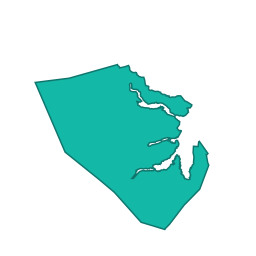 outline of Narvik nor, Nordland, Norway, rotated 135°
{"feature_id": "86288312B24861070458091", "entity_name": "Narvik nor", "entity_type": "district", "adm_level": 2, "iso_a3": "NOR", "parent_name": "Norway", "parent_adm1": "Nordland", "projection": "albers", "projection_center": [17.424, 68.289], "detail": "fine", "context": "isolated", "style": "filled", "palette": "teal", "viewbox_px": 256, "rotation_deg": 135, "n_neighbors": 0, "source": "geoboundaries", "source_scale": "gbopen_adm2", "svg_char_len": 5595}
<svg xmlns="http://www.w3.org/2000/svg" viewBox="0 0 256 256"><g transform="rotate(135 128 128)"><path d="M173.7,30.2L172.8,30.5L166.6,30.6L142.8,33.8L120.6,34.0L97.2,44.6L96.1,47.2L91.4,53.9L91.1,53.3L89.5,53.4L87.0,68.1L87.8,68.2L91.6,65.3L94.6,68.8L99.4,64.5L101.8,60.9L106.1,57.3L106.8,56.2L108.8,56.2L111.8,54.8L111.9,55.1L111.7,55.4L111.8,55.7L112.2,55.5L112.1,55.2L112.1,54.9L113.5,55.0L115.5,53.2L115.6,53.3L115.6,52.9L117.0,50.6L117.7,49.9L118.0,50.1L119.1,49.2L120.0,49.5L120.2,49.4L119.8,49.4L119.9,49.0L120.3,49.2L120.0,48.8L120.3,48.0L121.4,48.5L121.9,48.9L123.7,52.0L123.3,52.3L123.3,53.7L122.9,53.7L122.6,54.7L122.4,54.9L122.3,55.7L122.6,55.8L122.7,57.7L121.9,58.3L121.5,58.1L121.4,58.5L121.8,58.6L121.3,58.8L121.5,59.0L121.3,59.5L120.9,59.4L120.5,60.1L120.1,61.2L119.8,61.2L120.1,62.0L120.1,62.3L119.4,62.9L120.2,62.8L120.0,63.7L120.0,63.3L119.6,63.3L119.1,63.8L119.2,64.0L119.0,64.3L118.1,64.1L118.3,64.4L117.6,64.9L117.1,64.7L117.0,64.8L117.2,65.0L116.3,65.9L117.4,65.5L116.5,66.7L115.5,66.4L114.8,68.4L113.4,68.9L113.3,69.4L113.0,69.4L112.7,70.0L112.8,70.9L112.3,71.3L112.4,71.8L112.1,71.9L112.4,72.1L112.3,72.6L112.5,72.9L112.1,73.9L112.7,74.5L113.9,73.9L114.2,74.3L114.8,74.2L115.6,72.9L116.3,72.7L116.4,73.3L118.3,72.4L118.7,72.3L119.1,72.9L119.7,72.6L119.9,73.1L120.2,72.9L120.7,72.1L120.8,71.4L120.0,70.4L120.4,69.8L121.1,70.2L121.8,70.0L122.2,70.4L122.1,71.2L123.5,71.9L125.6,71.1L130.3,71.2L130.9,71.5L131.0,71.9L132.0,73.4L132.8,73.4L134.2,74.8L136.0,74.9L137.4,76.0L137.1,76.1L137.5,76.3L137.4,76.4L138.3,77.6L138.5,78.4L137.8,80.1L137.8,80.5L138.0,80.9L138.2,81.0L139.2,79.6L140.0,79.8L140.1,80.1L141.4,80.8L141.8,81.6L145.5,84.8L147.4,87.2L148.4,87.9L150.5,88.9L152.3,89.0L160.0,88.5L160.3,88.7L160.4,89.5L160.2,89.6L160.4,89.7L154.7,90.3L153.7,91.2L152.4,91.4L152.7,91.9L152.1,92.4L151.2,92.1L148.0,90.7L146.5,89.1L146.3,88.5L143.8,86.7L143.2,85.3L142.8,85.4L141.7,84.1L141.2,84.3L139.9,83.6L139.6,83.1L139.8,82.5L139.0,81.8L138.3,82.0L137.5,83.5L136.6,84.0L134.3,83.0L133.4,82.2L132.7,81.0L131.7,80.5L131.3,79.9L131.0,80.5L130.4,79.6L129.2,79.7L128.5,80.4L127.7,80.5L126.8,80.1L126.5,79.5L125.1,79.7L122.5,78.2L121.5,78.3L119.9,77.3L117.7,77.8L117.5,78.5L115.4,77.9L110.7,78.3L110.3,79.2L109.4,79.8L108.6,79.5L108.1,79.8L107.5,79.3L107.3,79.7L107.5,79.4L107.9,79.7L106.9,80.3L106.1,79.6L105.0,79.7L103.6,80.6L102.8,81.5L102.2,83.5L101.8,84.1L102.4,85.0L103.5,85.1L105.2,84.2L105.2,84.4L105.6,84.8L105.2,84.2L105.7,84.1L106.7,85.2L106.5,85.3L106.6,85.8L106.7,85.5L107.1,85.6L107.8,87.5L107.8,88.3L107.4,89.4L105.9,89.9L106.0,90.8L106.9,91.5L107.8,91.5L108.2,90.9L108.2,91.5L108.5,91.5L108.7,91.0L108.9,91.0L109.0,91.1L108.9,91.7L109.3,92.2L111.4,93.1L112.6,94.2L117.1,95.4L123.0,99.0L125.2,99.6L126.4,100.7L125.6,101.5L126.0,102.0L125.9,102.1L124.3,102.1L124.0,102.4L123.0,102.3L119.2,99.3L118.9,98.7L117.9,98.8L113.3,96.2L113.3,95.8L112.4,96.2L109.5,95.0L106.9,93.3L106.6,92.9L106.7,92.5L105.5,91.8L105.5,91.1L105.0,90.2L103.1,88.6L102.4,87.6L99.6,87.0L99.5,86.8L99.8,86.5L99.4,86.8L99.0,86.5L99.7,86.4L99.2,86.2L92.5,88.1L92.3,88.4L93.0,89.6L93.8,89.9L93.8,90.9L93.4,93.3L89.2,94.1L87.0,95.9L87.1,96.2L87.0,97.1L87.5,98.4L87.3,99.1L87.7,101.2L87.4,101.8L87.5,102.2L87.0,103.2L88.2,105.0L88.5,106.2L89.2,107.0L89.6,108.2L90.4,109.4L90.5,109.9L90.4,110.9L90.2,111.9L90.4,113.0L89.8,113.6L91.1,116.6L89.8,116.6L90.1,117.1L89.9,117.2L90.3,117.3L90.1,117.5L88.5,117.2L88.6,117.9L88.5,118.4L88.7,118.8L89.6,119.7L90.0,119.7L90.0,119.3L90.2,119.2L90.9,119.2L91.1,119.3L90.4,120.0L91.1,119.9L91.3,120.1L91.0,120.3L92.4,120.9L92.7,120.9L92.8,120.5L93.2,120.6L94.6,122.1L96.5,123.4L97.9,125.3L98.9,125.9L99.1,126.2L99.0,127.0L99.2,127.4L102.4,131.2L102.9,132.4L103.7,132.9L104.1,134.2L104.4,136.3L104.9,137.1L103.9,138.2L102.9,140.5L102.0,139.3L102.4,138.5L101.6,138.5L100.9,137.6L99.3,137.3L99.4,138.8L99.1,139.1L99.0,139.4L99.3,140.4L99.3,142.6L98.8,144.0L98.4,144.3L98.2,144.1L97.1,145.8L96.9,146.4L96.9,147.8L96.7,148.1L98.7,149.9L99.9,151.8L100.1,152.7L99.8,153.9L98.1,155.1L96.2,157.7L95.3,157.9L94.3,157.6L94.2,157.1L94.3,156.5L95.7,155.3L96.3,154.1L97.3,153.8L97.4,153.4L97.0,153.2L97.0,152.0L96.4,151.1L94.9,149.5L94.6,148.7L94.1,148.4L94.2,147.2L94.5,146.0L94.2,145.3L93.8,145.0L93.9,144.3L95.9,142.5L96.6,141.3L96.5,140.7L96.5,139.2L97.2,137.3L97.2,136.7L97.1,135.9L97.3,135.6L97.1,135.4L97.3,134.3L97.2,133.8L97.3,133.6L96.9,132.1L97.0,130.9L96.6,130.4L93.2,128.4L91.5,126.7L91.0,126.8L89.7,126.1L89.6,125.5L89.9,125.2L89.9,124.8L88.8,123.8L87.4,123.0L86.0,120.9L85.1,116.2L85.3,114.6L85.0,112.1L85.4,111.2L86.9,109.4L86.9,108.9L86.7,108.7L86.5,107.7L85.8,106.2L85.8,105.6L85.7,105.4L85.6,103.1L84.4,102.9L84.0,102.5L83.1,100.2L82.0,99.6L81.9,99.0L81.1,98.4L80.9,97.4L80.6,97.1L78.3,96.3L74.1,96.5L74.2,96.9L74.2,97.1L73.2,97.6L72.1,99.3L72.5,100.0L72.4,100.1L72.1,99.7L71.3,99.9L70.0,98.3L67.4,98.6L66.5,99.2L67.8,105.0L68.7,106.9L68.0,113.4L69.8,115.3L71.1,116.1L72.6,116.3L74.8,118.6L76.8,120.0L76.9,120.3L76.4,121.6L77.2,121.7L77.0,122.7L78.3,123.5L77.9,124.6L78.2,124.9L78.3,125.7L79.8,127.3L80.2,129.7L79.7,130.2L80.2,130.9L80.8,132.6L83.2,134.8L84.4,138.0L85.9,139.0L86.1,139.7L86.1,140.3L85.6,141.4L84.0,142.6L84.1,143.3L85.3,144.9L85.4,145.3L85.2,145.8L84.6,147.1L82.3,150.2L81.0,152.7L82.7,154.4L83.8,156.7L83.8,158.5L84.1,158.9L84.1,159.3L83.3,160.2L83.0,161.3L83.3,162.0L84.2,162.5L85.5,164.1L85.8,166.0L85.9,166.7L85.7,167.8L84.1,169.8L83.4,171.8L87.4,173.8L91.4,176.5L90.8,177.9L91.1,179.4L90.6,180.3L134.4,204.8L161.4,225.8L189.5,155.4L184.8,112.0L183.1,92.0L185.4,52.1L173.7,30.2Z" fill="#14b8a6" stroke="#0f766e" stroke-width="1.5"/></g></svg>